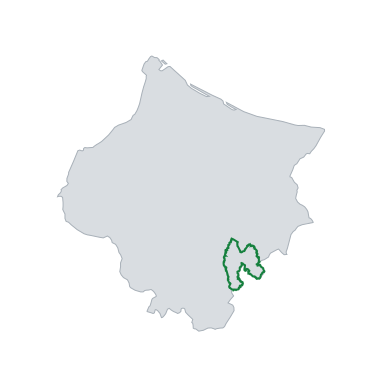 location of Bafing, Bafing, Ivory Coast, rotated 213°
{"feature_id": "98640826B37750272367318", "entity_name": "Bafing", "entity_type": "district", "adm_level": 2, "iso_a3": "CIV", "parent_name": "Ivory Coast", "parent_adm1": "Bafing", "projection": "albers", "projection_center": [-7.651, 8.455], "detail": "fine", "context": "in_parent", "style": "outline", "palette": "green", "viewbox_px": 384, "rotation_deg": 213, "n_neighbors": 0, "source": "geoboundaries", "source_scale": "gbopen_adm2", "svg_char_len": 9169}
<svg xmlns="http://www.w3.org/2000/svg" viewBox="0 0 384 384"><g transform="rotate(213 192 192)"><path d="M97.8,89.4L98.9,89.3L101.9,88.5L104.6,86.5L107.1,82.3L110.5,79.0L114.3,79.2L115.4,78.6L116.8,78.5L118.4,80.7L120.0,82.4L121.1,82.4L122.0,85.6L128.9,86.9L131.9,87.7L134.4,90.0L135.3,90.1L136.4,89.6L137.2,88.8L137.4,87.9L136.3,85.8L136.7,84.0L137.9,82.3L139.7,82.2L142.4,81.7L145.5,81.7L147.8,82.0L148.7,80.3L147.8,75.6L148.0,73.1L148.4,70.9L149.2,70.0L152.7,72.7L155.9,73.7L158.1,73.8L158.7,73.3L157.8,70.3L158.0,69.4L158.9,68.8L160.3,68.5L164.4,67.3L164.8,67.5L165.6,72.2L165.2,73.8L166.1,77.0L167.1,80.0L167.1,81.2L166.2,83.0L165.2,84.7L165.3,85.4L166.9,86.5L170.0,87.7L173.2,88.0L174.9,86.2L176.8,84.8L178.0,83.6L178.5,81.7L180.5,80.3L186.2,78.6L191.5,78.3L192.8,78.8L195.2,81.4L198.3,83.2L202.9,82.9L206.3,84.0L209.2,85.9L211.2,90.4L213.3,93.6L214.3,98.1L217.7,100.5L220.3,101.5L223.9,104.8L227.6,106.5L231.4,106.1L233.2,107.8L236.1,109.0L239.0,109.0L241.4,105.2L244.8,103.7L253.1,100.5L256.4,99.1L259.8,98.2L267.8,97.9L275.4,98.7L279.1,99.4L281.6,98.8L284.1,100.6L286.6,104.4L288.7,105.6L290.8,106.9L292.4,109.9L294.3,112.8L295.3,114.1L297.6,117.0L299.5,117.1L301.4,115.8L302.2,114.8L302.6,116.7L301.9,119.9L302.1,121.8L303.1,122.6L302.6,125.1L300.4,129.4L300.4,131.9L302.7,132.7L304.3,135.3L305.3,139.9L306.2,141.4L306.3,142.3L308.1,153.4L310.2,164.5L309.0,166.0L307.2,166.4L306.1,167.0L305.8,168.0L306.6,169.5L306.1,170.9L304.0,171.9L299.3,175.5L299.0,176.9L297.8,179.9L296.8,181.8L295.3,185.2L293.0,194.3L292.2,201.7L292.1,204.0L291.2,205.7L290.1,208.0L285.1,214.5L282.5,219.7L282.9,222.0L283.1,224.3L282.3,225.9L282.5,230.3L283.2,234.0L284.1,237.7L287.9,247.9L289.9,254.1L291.2,259.1L292.3,262.5L293.3,263.8L293.7,265.1L299.2,266.0L300.3,266.7L301.9,273.3L301.7,276.2L300.6,277.4L300.7,279.9L300.5,283.0L299.7,284.2L296.6,284.4L294.5,285.6L291.7,285.2L291.5,284.4L290.0,284.1L285.9,282.4L286.5,276.7L284.6,276.5L283.1,277.3L280.3,284.1L278.9,285.3L258.5,282.0L254.0,279.2L248.7,278.6L239.4,279.0L231.8,279.9L229.6,281.7L248.9,280.5L251.0,280.7L252.0,281.7L227.6,284.2L218.3,285.6L215.6,285.2L213.4,283.1L203.3,282.9L201.3,283.6L200.0,285.2L204.0,284.8L210.3,284.7L212.0,285.9L192.3,287.6L178.7,290.8L173.0,293.1L154.0,300.6L142.4,304.2L139.3,305.5L134.1,309.1L127.3,311.4L119.7,315.7L115.0,316.7L114.0,315.3L113.9,308.1L113.2,298.3L113.4,294.6L114.1,291.1L114.1,288.2L116.4,287.1L117.0,285.9L117.3,282.1L119.5,278.7L119.5,272.7L120.2,271.4L120.7,269.8L119.7,265.9L118.5,258.5L117.9,258.0L117.4,258.3L116.2,258.4L111.4,255.9L107.8,255.4L105.2,253.2L105.0,250.7L103.8,249.3L102.9,246.4L101.6,243.1L98.0,241.1L94.6,240.6L92.2,241.0L89.3,240.9L86.1,239.8L83.9,238.5L81.7,236.1L79.8,234.1L78.2,234.4L76.3,233.9L74.4,233.0L73.8,232.4L81.7,224.7L84.4,220.9L84.7,218.6L84.7,216.3L85.6,213.9L85.8,210.2L81.4,197.0L80.4,192.9L79.2,191.7L78.4,191.3L80.6,189.6L83.7,190.0L88.3,191.3L89.3,190.0L92.9,183.4L92.8,180.9L92.4,179.2L94.5,174.6L96.1,172.8L97.0,170.9L96.7,168.3L95.5,167.4L93.8,167.5L91.9,166.9L88.9,165.4L87.4,164.1L87.9,158.0L88.2,156.2L89.2,155.1L90.9,154.8L95.5,154.6L99.2,155.3L102.4,155.7L104.2,155.7L105.6,157.5L107.5,159.3L109.1,159.3L109.7,157.9L109.3,152.0L108.2,148.8L105.7,145.8L99.3,143.2L99.1,139.6L99.8,135.6L101.2,134.2L106.0,131.7L105.1,130.4L103.6,128.9L100.5,127.5L101.2,122.8L101.4,118.6L98.8,119.0L96.2,119.3L94.0,118.0L92.1,115.4L91.8,108.4L91.8,100.3L91.4,96.8L92.1,94.8L94.4,93.1L96.9,90.8L97.8,89.4ZM289.1,285.3L288.1,286.9L282.9,285.9L284.1,284.6L289.1,285.3Z" fill="#d9dde1" stroke="#a8b0b8" stroke-width="1"/><path d="M108.2,132.1L107.8,132.4L106.6,132.1L105.4,132.1L105.0,132.2L104.6,132.6L104.3,132.7L103.7,132.1L103.5,132.4L103.4,133.1L102.9,133.7L101.7,133.7L101.4,134.5L100.0,135.7L100.0,135.9L100.3,136.6L100.2,137.1L100.6,137.4L100.5,137.6L100.2,137.9L99.8,138.5L100.3,138.7L100.8,139.2L100.8,139.5L100.1,139.8L99.8,140.9L99.2,140.8L99.1,141.0L99.1,141.9L99.7,142.7L99.7,143.2L100.1,143.3L100.5,143.9L101.5,143.8L101.8,143.3L102.5,143.2L102.8,143.3L103.2,143.9L103.5,143.8L104.0,144.0L104.4,144.5L105.0,144.2L105.4,144.1L105.7,144.2L106.0,144.0L106.3,144.0L106.4,144.4L105.8,145.3L106.5,145.6L107.6,145.6L107.6,145.8L107.7,146.3L107.6,147.2L108.4,148.3L108.7,148.5L109.5,148.6L110.5,149.9L110.4,150.2L109.7,151.1L109.3,151.9L109.4,152.4L110.7,154.4L110.8,154.7L110.7,155.1L110.7,155.6L110.3,156.0L110.4,156.8L110.3,157.1L110.2,157.4L110.5,157.7L110.7,158.2L111.1,158.5L111.3,159.0L111.8,159.3L111.7,159.5L111.4,159.5L111.2,159.5L110.9,159.6L110.8,159.4L110.6,159.3L110.3,159.5L109.9,159.3L109.6,159.5L108.5,159.3L107.9,159.5L107.6,159.4L107.2,158.6L107.2,158.3L106.8,157.7L106.8,157.4L106.5,157.0L106.4,156.6L106.1,155.8L105.6,155.5L105.5,155.2L104.9,155.3L104.6,154.9L104.4,154.9L104.3,155.2L104.4,155.5L104.1,155.6L104.4,156.9L104.1,157.4L103.9,157.5L103.4,157.5L102.6,157.7L102.3,157.6L102.3,157.3L102.1,157.1L101.8,157.1L101.5,157.0L101.2,157.0L101.3,156.5L100.9,156.5L100.8,156.4L100.9,156.1L101.2,156.0L101.3,155.8L101.0,155.2L100.5,154.7L100.3,154.3L99.8,154.6L99.1,154.5L98.7,154.6L98.5,155.1L97.7,154.9L97.3,155.0L96.9,154.7L96.1,154.7L95.3,154.3L94.8,154.6L94.4,154.6L94.0,154.9L93.9,155.1L93.4,155.3L93.2,155.1L92.7,155.2L92.5,154.9L92.4,154.9L92.1,155.2L91.9,155.2L91.8,154.8L91.3,154.8L91.0,154.5L90.4,154.4L90.2,154.5L89.9,155.4L89.2,155.9L88.5,155.8L88.3,156.0L88.2,156.4L88.1,157.6L88.6,158.3L88.5,158.7L89.1,159.9L89.2,160.3L88.8,161.4L88.9,161.8L88.9,162.0L89.1,162.4L89.0,163.1L88.8,163.4L88.3,163.7L88.0,164.5L88.1,165.0L89.3,165.5L90.0,165.9L90.7,166.8L91.7,167.0L92.8,166.7L93.5,167.1L93.9,167.1L94.4,167.3L94.9,167.9L95.5,168.0L95.6,167.9L95.6,167.5L95.8,167.1L96.0,167.0L96.5,167.2L96.4,166.7L96.5,166.4L96.7,166.2L97.0,166.9L97.3,167.0L97.5,166.9L97.9,166.5L98.2,166.4L98.4,166.6L97.9,167.5L97.8,168.6L98.0,169.2L97.7,169.5L97.3,169.9L97.3,170.1L97.5,170.5L97.9,170.5L98.6,170.8L99.2,172.0L99.9,172.4L99.8,172.6L99.9,173.3L100.3,173.6L100.7,173.4L100.7,173.6L100.9,173.6L101.0,173.8L101.7,173.5L101.7,173.1L102.0,173.2L102.9,173.3L103.0,173.4L103.0,174.0L103.1,174.5L103.3,174.6L103.5,174.9L103.2,175.1L103.3,175.7L103.5,175.8L103.6,175.6L103.9,175.8L104.3,175.8L104.6,176.3L104.8,176.4L105.1,176.3L105.2,176.6L105.0,177.2L105.1,177.4L105.3,177.2L105.7,177.4L105.8,177.6L105.8,177.9L106.1,178.0L106.2,178.3L106.5,178.4L107.5,178.6L107.9,178.5L108.1,178.6L108.6,178.4L108.8,178.7L108.6,178.8L108.8,179.2L109.0,179.3L109.4,179.2L109.3,179.6L109.5,179.9L109.8,180.0L110.2,179.7L110.8,180.3L111.0,180.2L111.4,180.2L111.6,180.2L111.9,179.9L112.3,179.9L112.4,179.7L112.3,179.3L112.6,179.0L113.1,179.1L113.3,178.8L113.4,179.1L113.4,179.3L113.6,179.5L113.9,179.5L114.1,179.5L114.4,179.2L114.7,179.2L114.6,178.9L115.0,179.5L115.2,179.1L115.5,179.2L115.8,178.9L115.9,178.6L115.8,178.3L116.0,178.2L116.1,177.8L115.8,177.6L115.7,177.4L116.0,177.1L116.4,177.2L116.5,177.0L116.2,176.7L115.9,176.6L116.0,175.5L116.0,175.3L116.1,175.1L116.0,174.4L116.1,174.2L116.2,173.8L116.2,173.6L116.1,173.3L116.3,173.2L116.4,172.9L116.4,172.5L116.2,172.3L116.1,172.1L115.9,171.8L115.9,171.6L115.9,171.2L116.0,170.9L116.7,170.3L117.0,169.9L117.2,169.4L117.2,169.1L117.7,168.3L118.4,168.0L119.0,168.0L119.3,168.4L119.3,168.7L119.4,168.8L119.5,169.0L120.3,169.2L120.6,169.3L120.9,169.6L122.1,170.3L122.5,170.6L123.1,170.8L123.7,171.3L123.9,171.3L124.0,171.4L124.6,171.5L125.0,172.3L125.5,172.7L125.6,173.1L126.1,173.6L126.1,174.3L126.2,174.5L126.4,174.5L126.4,174.9L131.5,174.8L133.4,174.5L133.3,173.9L132.7,173.4L132.6,173.1L133.0,172.7L132.8,172.2L132.4,172.2L132.3,171.3L132.0,170.9L132.2,170.6L132.8,170.3L133.0,169.8L132.4,168.8L132.0,168.5L132.0,168.3L132.1,167.5L132.5,167.5L132.7,167.2L132.3,166.8L132.2,166.4L131.9,165.9L131.6,165.7L131.6,165.4L131.3,165.2L130.9,164.9L130.9,164.7L131.7,164.3L131.9,164.1L131.5,162.7L130.8,162.3L130.9,162.1L131.1,162.0L131.5,162.0L132.1,161.8L132.3,161.7L132.3,161.4L132.0,161.2L131.7,160.8L131.2,160.6L131.1,160.4L130.7,160.4L130.5,160.2L130.6,159.7L131.1,159.5L131.0,159.3L130.5,159.1L130.3,159.0L130.3,158.5L130.5,158.0L130.3,157.7L130.2,157.3L130.1,157.1L129.7,157.0L130.0,156.9L129.9,156.3L129.6,156.2L129.4,155.8L129.5,155.7L129.9,155.5L129.8,154.7L129.5,154.3L129.1,154.0L128.3,153.8L128.0,153.5L127.8,153.1L127.8,152.6L127.3,152.3L127.4,152.1L127.6,152.0L127.6,151.7L127.5,151.4L127.2,151.2L127.1,150.9L126.9,150.8L126.9,150.2L127.1,150.1L126.9,149.8L126.8,149.5L126.4,149.2L126.2,148.7L125.8,148.5L125.6,148.1L125.4,148.0L125.2,147.7L124.6,147.6L124.1,147.3L124.0,147.5L123.8,147.5L123.6,147.6L122.9,147.5L122.7,147.1L122.6,147.4L122.1,147.4L121.9,147.2L122.0,146.9L121.8,146.5L121.9,146.3L121.7,146.0L121.3,145.6L121.3,145.4L121.1,145.3L121.0,145.0L120.7,145.0L120.4,144.8L120.8,144.6L120.7,144.4L119.9,144.2L119.8,144.4L119.5,144.1L118.6,143.5L117.9,142.6L116.6,141.4L116.3,141.2L116.3,141.3L116.2,141.2L115.5,141.0L115.4,140.9L115.1,140.7L114.9,140.0L114.9,139.9L115.0,139.5L114.2,138.8L114.5,138.6L114.3,138.3L114.0,138.2L114.0,137.7L113.8,137.6L113.5,137.6L112.4,136.7L111.4,136.4L111.2,136.1L110.9,136.2L110.6,136.4L109.9,136.2L109.7,135.6L109.7,134.6L109.5,133.9L109.5,133.2L109.1,132.6L108.6,132.3L108.2,132.1Z" fill="none" stroke="#15803d" stroke-width="2"/></g></svg>